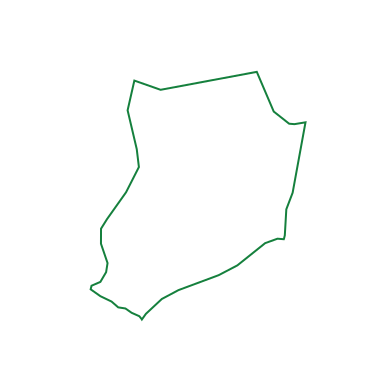 Loška dolina, orthographic projection, rotated 28°
{"feature_id": "SVN-209", "entity_name": "Loška dolina", "entity_type": "Municipality", "adm_level": 1, "iso_a3": "SVN", "parent_name": "Slovenia", "parent_adm1": "", "projection": "orthographic", "projection_center": [14.485, 45.663], "detail": "fine", "context": "isolated", "style": "outline", "palette": "green", "viewbox_px": 384, "rotation_deg": 28, "n_neighbors": 0, "source": "natural_earth", "source_scale": "10m", "svg_char_len": 638}
<svg xmlns="http://www.w3.org/2000/svg" viewBox="0 0 384 384"><g transform="rotate(28 192 192)"><path d="M295.2,190.6L289.4,193.1L280.6,202.8L266.5,235.5L254.6,252.9L226.1,285.0L215.6,300.6L208.5,321.2L207.6,328.1L207.1,327.8L203.8,326.4L195.4,327.0L187.9,326.1L181.0,328.5L172.4,326.5L160.0,327.0L148.2,325.5L147.3,321.9L153.3,314.4L153.8,303.1L150.8,294.4L135.9,280.4L128.9,267.1L129.7,255.8L133.9,223.2L133.4,194.9L123.1,180.1L96.8,150.1L88.8,120.7L116.3,116.5L192.8,55.5L226.4,82.6L245.7,86.1L250.6,84.0L259.5,77.2L281.2,145.4L283.4,163.0L294.3,186.7L295.1,189.9L295.2,190.6Z" fill="none" stroke="#15803d" stroke-width="2"/></g></svg>